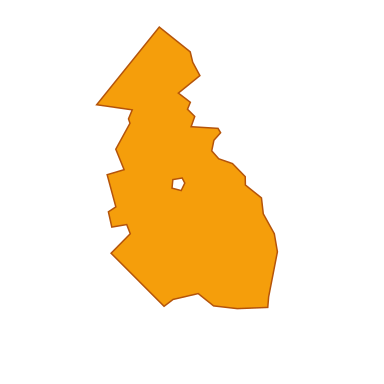 Kagan city, Bukhoro, Uzbekistan (Albers equal-area conic projection), rotated 131°
{"feature_id": "79887680B25452666066533", "entity_name": "Kagan city", "entity_type": "district", "adm_level": 2, "iso_a3": "UZB", "parent_name": "Uzbekistan", "parent_adm1": "Bukhoro", "projection": "albers", "projection_center": [64.532, 39.692], "detail": "fine", "context": "isolated", "style": "filled", "palette": "amber", "viewbox_px": 384, "rotation_deg": 131, "n_neighbors": 0, "source": "geoboundaries", "source_scale": "gbopen_adm2", "svg_char_len": 740}
<svg xmlns="http://www.w3.org/2000/svg" viewBox="0 0 384 384"><g transform="rotate(131 192 192)"><path d="M149.4,193.6L148.0,204.1L138.6,209.4L128.5,209.3L126.9,214.1L143.3,235.5L133.2,239.5L132.5,249.7L125.4,252.1L126.3,267.2L99.0,262.4L93.6,276.6L87.4,285.3L89.0,324.9L188.7,321.2L169.2,291.0L178.5,287.9L180.8,283.9L209.7,277.6L219.7,257.9L234.6,267.4L253.2,239.7L261.8,242.1L271.1,229.5L259.4,219.9L264.0,211.2L291.3,212.9L296.6,138.1L285.5,135.8L264.6,120.7L263.8,101.0L250.3,81.3L229.4,59.1L220.8,65.4L181.1,88.3L169.5,102.5L161.7,123.9L150.9,135.7L151.7,156.3L145.5,161.9L144.0,180.1L149.4,193.6ZM202.2,209.6L195.2,214.6L187.9,208.6L190.0,203.3L198.0,201.1L202.2,209.6Z" fill="#f59e0b" stroke="#b45309" stroke-width="1.5"/></g></svg>